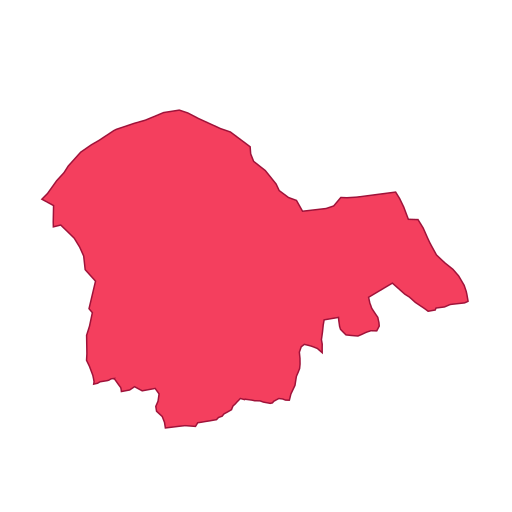 the district of Turkmenbasy, Balkan, Turkmenistan, rotated 350°
{"feature_id": "10190150B25855408224134", "entity_name": "Turkmenbasy", "entity_type": "district", "adm_level": 2, "iso_a3": "TKM", "parent_name": "Turkmenistan", "parent_adm1": "Balkan", "projection": "albers", "projection_center": [54.807, 40.968], "detail": "fine", "context": "isolated", "style": "filled", "palette": "rose", "viewbox_px": 512, "rotation_deg": 350, "n_neighbors": 0, "source": "geoboundaries", "source_scale": "gbopen_adm2", "svg_char_len": 3305}
<svg xmlns="http://www.w3.org/2000/svg" viewBox="0 0 512 512"><g transform="rotate(350 256 256)"><path d="M73.9,354.0L77.9,353.8L80.5,352.8L88.1,352.9L88.3,352.8L89.4,352.8L89.6,352.7L91.1,352.1L92.4,351.8L93.4,351.9L94.0,351.9L95.0,352.0L94.6,352.3L95.4,352.7L96.7,355.4L98.2,358.6L99.7,361.6L99.8,361.7L100.0,362.8L100.0,364.5L99.9,366.1L108.3,366.0L113.7,363.6L120.5,369.0L133.7,368.9L136.6,375.0L134.3,382.0L131.2,386.7L131.1,391.6L135.8,397.8L137.0,403.9L136.9,409.6L140.4,409.8L151.8,410.4L156.3,410.7L158.2,411.1L166.8,413.3L169.4,410.4L169.6,410.1L173.6,410.2L177.5,410.2L181.7,410.3L186.1,410.3L188.7,410.3L190.9,408.6L191.0,408.5L194.0,408.0L194.8,407.9L195.8,407.0L197.1,405.9L198.0,405.6L200.2,404.9L205.2,403.1L206.0,401.7L207.3,399.7L210.0,398.0L211.1,397.1L212.5,396.0L213.3,395.5L215.8,393.6L219.5,395.3L219.5,395.2L220.6,395.1L221.2,395.4L224.4,396.4L226.9,397.2L228.1,397.7L229.8,398.4L230.7,398.5L234.0,399.2L234.7,399.3L234.9,399.4L237.8,401.1L239.9,401.9L242.9,403.0L244.4,403.6L246.7,403.5L247.6,402.7L248.3,402.1L248.7,402.0L251.0,401.2L253.8,400.3L254.0,400.4L256.0,401.0L257.6,401.5L258.0,401.8L260.0,403.0L263.7,403.8L263.8,403.8L266.2,398.4L266.5,397.8L266.8,397.4L271.9,390.2L274.3,383.2L274.8,381.8L274.9,381.5L277.4,377.7L279.4,374.4L280.6,370.1L281.5,364.6L282.0,358.2L282.9,356.6L284.5,353.7L284.7,353.3L285.4,352.9L288.2,351.4L291.7,352.9L294.7,354.3L296.8,355.5L299.7,357.3L300.4,357.7L301.3,358.9L302.7,360.6L304.4,362.7L305.2,358.0L305.9,354.3L305.9,351.9L305.9,349.9L305.9,349.7L306.5,347.9L308.3,342.3L310.0,336.4L310.2,335.6L310.6,334.6L312.0,330.7L326.6,330.8L326.4,332.7L326.3,334.4L326.3,334.5L326.2,337.6L326.1,339.7L326.5,342.9L328.6,346.0L330.9,349.3L336.0,350.8L342.5,352.5L346.4,351.6L350.8,350.4L352.9,350.0L355.2,349.7L356.0,349.5L361.9,350.7L365.2,346.4L365.5,343.0L365.4,341.0L365.3,338.0L365.3,337.6L364.1,335.0L363.4,333.4L362.6,331.6L361.7,329.5L361.3,328.5L360.9,327.6L360.7,326.5L360.6,326.0L360.5,325.1L360.3,324.0L359.9,322.2L359.9,320.8L359.8,318.5L359.7,316.2L377.6,309.4L385.6,306.4L385.7,306.5L395.9,319.4L399.2,322.4L399.7,322.8L401.7,325.3L404.8,329.3L407.1,331.5L410.1,334.4L411.0,335.2L412.3,336.5L413.9,338.1L415.9,340.3L416.0,340.3L422.9,340.3L423.1,340.3L424.2,338.6L424.3,338.5L432.8,338.9L438.3,337.6L438.6,337.6L439.0,337.5L441.2,337.6L453.3,338.4L454.9,338.0L456.8,337.5L457.0,337.4L457.0,337.2L457.0,330.5L456.9,328.0L456.9,327.6L455.9,321.0L452.1,310.8L447.6,303.3L440.9,295.7L438.1,292.0L433.9,286.3L430.5,276.3L429.4,272.9L428.1,268.1L425.5,257.5L424.2,254.2L421.8,248.2L421.4,248.2L412.4,246.3L412.4,246.2L411.4,241.0L410.0,233.5L407.4,224.3L404.6,217.3L365.3,215.5L355.6,214.4L349.7,213.1L341.2,220.2L333.3,221.4L309.6,220.0L305.5,208.3L298.1,204.0L290.2,195.6L288.3,188.6L280.0,173.5L270.1,162.4L268.5,154.5L269.2,147.4L252.3,129.4L243.2,124.4L223.2,110.6L213.7,103.3L205.8,99.0L189.9,98.7L170.7,103.0L159.1,104.2L140.5,107.0L137.8,107.8L127.4,112.3L121.7,114.8L113.4,117.8L101.4,123.3L86.7,134.8L81.5,140.5L72.8,147.2L61.6,158.2L55.0,162.9L65.4,171.2L62.2,187.4L61.5,192.1L69.1,191.6L80.1,206.9L83.9,216.6L86.3,226.1L85.4,239.8L93.6,252.9L82.4,278.9L85.0,283.4L79.9,296.1L75.4,304.7L72.5,322.9L71.0,329.3L72.8,335.6L74.6,345.2L74.7,348.7L74.7,351.7L73.9,354.0Z" fill="#f43f5e" stroke="#9f1239" stroke-width="1.5"/></g></svg>